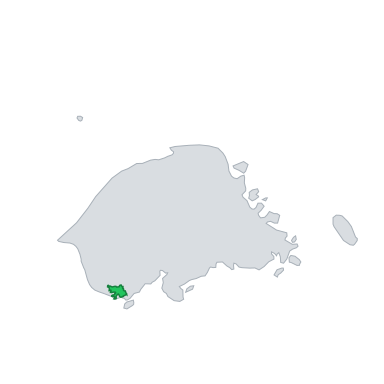 Paju-si, Gyeonggi, South Korea shown in context, rotated 252°
{"feature_id": "91817680B14253606839965", "entity_name": "Paju-si", "entity_type": "district", "adm_level": 2, "iso_a3": "KOR", "parent_name": "South Korea", "parent_adm1": "Gyeonggi", "projection": "robinson", "projection_center": [126.826, 37.84], "detail": "fine", "context": "in_parent", "style": "filled", "palette": "green", "viewbox_px": 384, "rotation_deg": 252, "n_neighbors": 0, "source": "geoboundaries", "source_scale": "gbopen_adm2", "svg_char_len": 4433}
<svg xmlns="http://www.w3.org/2000/svg" viewBox="0 0 384 384"><g transform="rotate(252 192 192)"><path d="M112.4,93.5L113.7,92.5L113.8,91.1L113.8,86.4L117.6,83.1L123.0,76.4L125.7,72.8L128.7,69.3L132.2,67.1L135.6,66.0L141.0,65.5L151.3,66.0L153.4,65.6L160.5,65.2L162.2,65.8L167.5,66.2L173.3,65.8L176.2,64.8L178.9,63.1L181.2,60.1L183.6,54.4L186.2,50.0L187.7,49.2L198.4,72.7L208.7,87.9L217.4,99.0L229.9,120.2L233.6,131.5L234.0,138.5L236.2,148.2L234.5,153.7L235.1,162.5L234.4,167.0L232.9,170.3L232.9,176.6L233.4,180.0L233.5,184.5L234.5,186.3L235.9,186.9L238.2,185.3L240.9,184.6L240.5,190.0L237.3,203.7L234.5,213.7L230.6,222.4L225.6,230.3L219.6,233.4L215.4,234.5L207.3,234.9L200.5,233.6L194.8,234.5L192.4,236.2L190.7,239.0L192.0,243.4L191.9,246.7L189.4,246.5L184.5,244.6L179.0,244.3L176.5,243.4L173.9,238.7L171.3,238.9L166.8,241.6L159.8,242.3L157.4,243.7L156.5,245.7L157.5,248.1L161.0,251.3L159.9,254.6L156.2,256.2L153.3,252.2L151.4,248.3L149.4,248.1L146.2,249.2L145.5,253.4L147.0,256.3L149.5,259.6L146.0,263.5L145.1,266.2L142.7,268.2L136.0,263.8L137.0,260.7L139.8,257.7L140.2,254.6L139.2,252.8L129.7,260.6L123.9,269.5L120.7,268.8L119.4,266.6L117.6,265.6L111.2,271.3L110.1,275.9L107.7,276.1L106.7,274.1L106.6,270.0L105.6,266.6L99.0,261.5L96.0,257.1L97.6,254.6L103.1,256.0L107.5,255.8L106.6,253.7L105.2,252.7L108.1,251.5L110.5,249.1L108.5,248.5L105.4,249.9L102.9,249.2L101.9,243.4L98.8,237.5L97.2,231.7L100.3,228.4L101.8,223.3L104.7,215.9L106.1,213.5L110.0,211.7L111.4,209.8L109.3,208.8L105.8,208.0L105.9,205.8L108.3,204.6L110.9,202.3L116.0,199.4L117.5,194.0L116.1,192.6L112.9,191.3L113.6,188.6L114.9,186.5L114.4,185.2L110.7,181.7L108.2,178.5L109.0,174.8L108.4,169.3L108.8,164.6L108.6,162.1L106.8,156.4L106.0,150.7L103.6,151.6L101.6,153.0L94.8,151.0L92.6,150.9L91.7,146.6L94.2,141.4L100.0,136.8L103.4,136.3L106.0,134.2L109.9,133.6L114.7,136.7L118.9,137.3L121.3,142.7L122.7,143.9L123.0,141.9L126.5,139.6L127.3,137.8L126.6,136.9L122.6,135.9L119.0,129.2L118.5,126.3L117.3,124.4L119.2,119.1L115.1,113.0L113.1,111.1L113.4,105.6L111.2,102.1L110.0,100.2L109.3,96.9L109.9,95.4L111.8,94.9L112.4,93.5ZM98.6,333.6L96.7,334.8L94.8,334.1L94.3,333.5L92.1,330.5L91.5,329.0L93.0,326.0L99.1,321.1L115.0,316.4L117.8,316.2L124.0,318.2L125.4,322.0L124.2,325.3L122.8,327.4L115.6,331.1L109.9,332.9L98.6,333.6ZM205.0,250.5L200.8,253.8L195.2,249.4L193.9,247.0L198.1,243.4L201.7,239.4L204.1,239.1L205.0,250.5ZM175.3,250.1L174.8,255.3L171.7,255.5L169.8,252.2L167.8,253.8L166.8,253.9L165.3,249.7L165.0,246.5L168.6,244.0L170.8,245.5L174.0,246.3L175.3,250.1ZM94.6,273.1L91.8,273.9L90.2,272.1L89.1,271.6L89.7,269.2L94.3,264.5L95.2,262.9L99.5,263.9L101.1,266.4L99.1,270.1L94.6,273.1ZM107.5,95.9L107.3,102.8L104.9,102.5L103.2,101.8L102.5,100.5L100.9,94.0L102.7,91.3L106.3,93.4L107.5,95.9ZM91.9,254.1L91.4,255.3L89.4,254.9L87.5,251.3L86.7,248.4L84.7,246.9L87.8,244.4L91.8,248.9L91.9,254.1ZM102.9,161.3L102.3,164.7L99.4,162.5L98.6,155.0L101.5,157.2L102.9,161.3ZM298.5,109.4L296.6,111.0L294.2,109.4L293.9,107.8L295.1,106.4L297.9,105.5L299.3,106.7L298.5,109.4ZM117.5,274.5L118.3,277.0L114.7,276.5L112.8,274.1L113.1,272.0L115.2,271.7L117.5,274.5ZM163.6,260.2L163.1,261.8L160.8,259.3L163.0,256.6L163.6,260.2Z" fill="#d9dde1" stroke="#a8b0b8" stroke-width="1"/><path d="M121.2,84.6L121.1,86.0L121.1,86.4L120.8,87.0L120.7,87.5L120.5,88.0L120.1,88.3L119.4,88.0L119.1,87.0L118.5,86.8L118.3,85.9L118.5,84.9L118.5,84.2L118.2,83.6L117.7,83.4L117.2,84.0L117.4,84.8L116.8,85.2L116.6,85.8L116.1,86.0L115.6,85.7L115.0,85.5L114.5,84.7L114.1,85.3L114.0,86.7L114.5,87.2L115.8,87.3L116.8,88.2L117.4,89.2L117.5,89.6L117.8,90.1L117.7,90.5L116.9,90.7L116.6,90.8L115.4,90.9L114.7,91.1L114.2,91.4L113.9,92.0L113.9,94.2L114.2,94.2L114.4,94.8L114.4,95.5L114.4,96.1L114.6,96.7L114.8,97.2L114.7,98.0L114.4,98.2L115.5,98.4L116.6,97.9L117.6,98.0L118.5,98.0L118.8,97.2L119.4,96.6L119.9,96.5L120.5,96.9L121.2,96.9L121.6,96.3L122.3,96.3L122.8,97.0L123.5,97.1L123.7,96.4L124.3,95.9L125.0,95.9L125.5,95.8L125.5,95.1L125.5,94.4L124.9,93.8L124.4,93.5L124.5,92.8L124.7,92.0L124.7,91.1L125.3,90.7L125.7,90.6L125.9,90.1L126.1,89.5L126.2,88.8L126.3,87.3L126.3,86.9L126.9,86.1L127.6,85.5L127.5,85.3L127.6,84.8L128.0,84.3L128.7,83.9L129.1,83.6L129.1,83.0L128.7,82.7L127.8,82.4L127.2,83.1L126.6,83.6L125.0,83.4L124.5,83.0L123.8,82.7L123.7,83.2L123.7,83.9L123.7,84.4L123.3,84.5L122.6,84.2L122.3,83.8L121.7,83.4L121.6,83.7L121.6,84.4L121.4,84.6L121.2,84.6Z" fill="#22c55e" stroke="#15803d" stroke-width="1.5"/></g></svg>